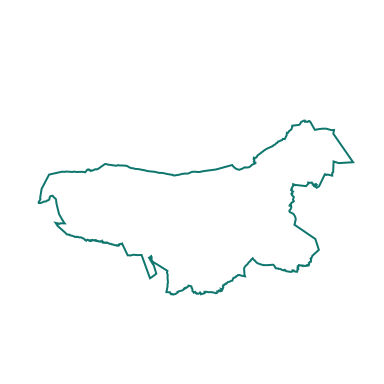 Ringerike nor, Buskerud, Norway (Albers equal-area conic projection), rotated 288°
{"feature_id": "86288312B88500439281521", "entity_name": "Ringerike nor", "entity_type": "district", "adm_level": 2, "iso_a3": "NOR", "parent_name": "Norway", "parent_adm1": "Buskerud", "projection": "albers", "projection_center": [9.963, 60.328], "detail": "fine", "context": "isolated", "style": "outline", "palette": "teal", "viewbox_px": 384, "rotation_deg": 288, "n_neighbors": 0, "source": "geoboundaries", "source_scale": "gbopen_adm2", "svg_char_len": 6049}
<svg xmlns="http://www.w3.org/2000/svg" viewBox="0 0 384 384"><g transform="rotate(288 192 192)"><path d="M88.9,198.6L89.8,202.1L88.8,202.9L88.3,203.8L88.8,204.2L89.0,204.8L88.6,205.7L89.2,206.5L89.4,207.2L91.5,209.2L92.7,209.7L92.9,209.4L95.5,213.3L97.8,215.0L98.0,214.5L98.9,215.2L99.1,216.2L99.7,216.4L100.6,217.4L101.9,217.6L102.1,219.9L102.0,220.6L100.7,221.2L100.5,221.8L99.5,222.5L97.8,223.1L97.4,224.2L96.8,224.8L98.0,225.9L96.7,227.6L97.2,228.1L97.0,228.9L97.4,229.6L98.2,230.7L98.9,230.8L98.6,231.3L97.5,232.1L99.7,235.3L101.0,234.8L101.6,236.8L101.8,238.7L102.8,241.4L103.2,245.2L103.0,245.8L103.5,246.7L104.6,247.3L105.3,246.8L105.5,247.3L106.8,248.2L106.2,248.8L106.5,249.4L106.4,249.8L107.3,250.8L108.8,249.6L108.8,250.0L108.3,250.6L108.5,251.0L110.7,251.3L111.7,250.5L112.9,250.5L113.1,251.2L114.2,251.4L114.7,252.5L115.6,252.6L115.8,253.2L117.3,253.9L118.6,255.8L119.6,256.7L120.1,257.7L123.3,258.0L123.5,258.7L124.5,259.9L125.5,260.0L126.3,261.0L127.3,261.5L127.4,262.2L127.7,262.6L127.8,263.9L127.7,264.8L128.2,268.5L129.5,267.5L135.5,265.1L137.9,265.6L140.6,267.1L142.6,267.7L144.5,268.9L145.7,269.1L147.7,270.2L146.9,271.2L146.1,273.1L144.9,275.1L144.5,276.4L144.4,279.4L144.5,282.4L146.0,287.0L147.9,291.6L147.6,292.5L147.0,293.3L145.3,295.2L145.6,296.2L145.7,297.8L145.9,298.0L145.7,298.5L146.1,299.4L146.1,300.1L145.8,300.9L145.7,303.3L146.1,303.8L146.4,303.8L146.7,304.4L146.0,305.0L146.1,305.5L145.8,306.1L146.4,310.1L146.7,311.0L147.0,311.1L147.4,312.0L148.4,311.9L148.3,312.2L148.8,312.8L148.1,314.6L148.5,315.6L148.5,316.5L149.3,316.7L150.2,316.3L151.6,316.9L151.8,316.8L151.9,316.0L153.0,315.7L153.5,316.3L154.3,316.3L154.5,315.8L155.1,316.3L155.6,316.3L155.6,317.8L155.9,318.2L156.0,319.1L155.8,319.6L156.0,319.8L155.9,320.1L156.3,320.1L156.6,322.7L157.2,323.6L157.8,323.6L158.3,324.1L158.1,324.8L157.8,325.0L158.2,325.7L160.0,325.7L160.7,325.1L161.9,325.7L162.4,326.6L163.2,326.3L163.9,326.4L165.3,325.4L165.6,325.5L165.6,326.0L168.6,326.2L176.2,330.5L185.4,323.9L192.5,299.6L198.1,299.1L199.6,298.3L201.0,297.1L202.3,295.6L202.6,294.6L203.2,291.2L203.6,290.7L204.4,290.4L206.1,291.1L208.2,291.2L209.4,290.6L209.2,290.5L209.3,289.9L209.1,289.0L209.3,288.9L212.9,290.2L213.6,291.1L214.8,291.7L215.8,290.4L218.7,290.4L220.0,288.0L221.4,287.9L221.3,287.2L223.7,287.9L223.9,286.6L224.4,285.7L225.3,286.1L225.4,285.8L225.9,285.9L226.2,285.5L228.7,286.2L230.7,285.8L230.6,287.4L230.3,287.3L230.3,288.0L230.7,288.2L232.8,298.6L235.7,300.0L236.9,299.6L237.0,300.9L237.9,302.8L237.6,302.9L237.5,303.7L236.8,304.2L237.1,304.4L236.9,304.9L236.7,305.2L236.3,305.0L236.0,305.5L237.9,307.3L237.4,308.4L235.2,306.9L235.0,308.3L234.6,309.3L236.7,311.1L250.0,312.9L250.1,313.4L249.7,314.4L250.5,315.6L250.9,320.3L253.6,319.5L254.6,320.1L264.8,317.2L264.8,322.6L270.1,336.0L291.1,308.4L294.9,307.9L293.9,305.4L293.7,300.1L292.8,297.2L291.4,294.0L289.1,289.6L295.5,282.6L295.4,281.9L295.7,281.5L295.4,280.9L294.4,280.3L294.2,279.6L294.3,278.9L293.7,277.9L294.8,277.2L294.3,276.1L293.6,275.6L292.5,274.2L289.8,273.7L288.8,272.9L286.1,266.9L285.2,266.9L284.5,267.3L282.1,267.1L279.9,265.5L278.1,265.1L277.7,263.9L275.1,264.5L270.9,263.8L270.6,262.0L269.0,261.5L268.5,260.6L266.6,258.6L266.5,258.2L265.3,258.0L264.4,257.0L262.9,256.4L261.4,254.9L260.8,254.8L256.0,249.5L253.4,247.5L246.9,243.0L244.8,242.6L244.4,241.8L243.8,241.5L243.8,241.1L243.2,240.5L243.3,240.3L242.4,240.4L241.7,241.5L239.9,241.4L239.5,241.9L239.6,243.2L238.9,243.4L236.6,240.8L234.3,239.5L233.0,238.3L231.8,235.5L231.9,235.0L231.7,234.4L229.6,232.5L227.9,230.3L227.7,229.8L227.7,228.8L227.6,228.3L227.8,226.2L229.1,223.2L230.1,221.9L220.8,207.8L215.3,196.3L213.3,192.9L212.5,190.1L212.3,188.7L211.1,185.7L208.3,182.5L207.0,178.7L206.5,178.0L206.1,176.8L204.7,174.9L202.1,169.8L202.2,169.5L202.1,169.0L202.4,168.4L202.2,168.1L201.3,161.5L201.2,159.4L200.9,157.8L199.9,154.1L199.8,150.8L198.8,146.5L198.1,142.7L198.1,141.0L197.2,133.9L196.4,130.7L196.4,128.5L196.0,127.3L196.0,125.3L196.7,122.0L196.1,119.0L194.7,114.3L194.8,113.5L193.8,112.3L193.5,111.4L192.0,103.1L192.1,101.7L191.6,100.5L184.9,95.5L183.8,93.9L183.9,93.5L183.8,93.1L181.4,90.4L181.5,90.0L181.3,89.6L180.8,89.1L181.3,88.5L180.9,87.7L181.4,87.1L181.2,87.0L181.3,86.1L180.6,85.4L177.8,84.4L177.3,81.4L175.5,76.4L175.2,75.3L174.9,73.3L174.4,72.8L174.0,71.7L172.5,65.7L171.9,65.0L171.1,62.0L164.4,50.7L148.5,48.0L139.4,49.4L138.3,50.1L134.9,49.3L134.2,49.7L134.5,50.9L135.5,52.5L137.0,54.0L138.2,56.4L139.0,56.7L140.0,58.1L140.8,58.6L143.1,58.3L144.2,58.6L145.4,60.6L144.3,62.2L143.5,64.2L142.8,65.0L138.7,66.9L129.9,72.4L125.2,77.5L124.7,78.4L123.7,79.2L122.8,80.6L121.5,76.4L120.4,75.5L120.7,74.8L120.7,73.8L120.5,71.8L118.0,75.0L114.1,84.1L113.0,86.0L113.5,88.6L113.2,88.7L113.1,89.2L113.4,92.0L113.3,93.7L113.0,94.4L113.7,95.7L113.5,96.2L114.1,97.3L114.0,99.1L114.5,100.1L114.5,101.3L114.3,101.5L114.2,102.4L114.3,103.2L114.1,103.9L113.4,104.8L113.5,106.1L113.1,106.5L114.2,107.1L114.4,107.8L114.0,108.9L114.3,109.3L113.8,109.9L113.8,110.2L114.2,111.0L115.1,110.9L115.3,111.5L115.2,111.8L115.6,112.0L115.4,112.7L116.0,113.8L115.7,114.1L115.8,114.8L116.2,114.6L116.5,115.3L116.2,115.5L116.3,116.7L116.0,116.7L116.3,117.8L116.1,118.2L116.3,118.5L116.3,119.4L116.7,119.8L116.6,120.6L116.9,120.7L116.8,121.2L117.1,121.3L117.0,121.7L117.3,121.8L117.1,122.0L117.3,122.0L117.1,122.2L117.3,122.3L116.6,123.7L116.9,123.9L116.9,124.5L116.7,124.6L117.0,125.2L116.9,125.5L117.3,126.0L117.3,126.7L117.7,126.8L117.5,128.5L117.2,129.3L117.6,130.9L117.4,132.0L117.6,132.5L117.6,133.0L117.6,135.3L117.9,136.3L117.8,136.7L118.1,136.8L118.1,137.4L118.0,138.3L118.6,139.1L119.0,139.2L119.5,138.7L120.2,139.4L120.8,140.5L120.6,141.4L121.2,141.6L111.9,150.4L112.3,151.4L112.4,152.6L114.3,155.9L115.0,159.3L116.5,163.5L97.0,178.7L98.5,180.0L103.3,183.3L110.6,178.2L111.4,176.9L116.2,171.5L116.6,172.0L118.4,173.0L117.8,173.6L114.9,174.6L114.0,175.4L113.2,177.2L112.4,181.1L109.4,193.0L107.8,193.0L105.6,194.5L103.0,195.2L98.2,197.2L96.7,197.2L94.9,197.9L88.9,198.6Z" fill="none" stroke="#0f766e" stroke-width="2"/></g></svg>